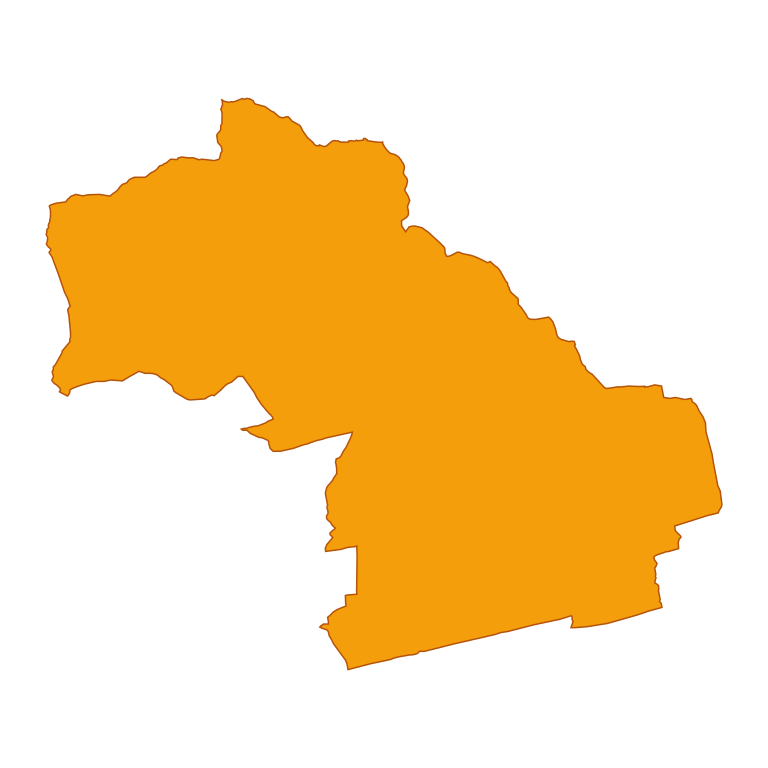 the district of Margaritesti, Buzau, Romania
{"feature_id": "2599482B16167443688776", "entity_name": "Margaritesti", "entity_type": "district", "adm_level": 2, "iso_a3": "ROU", "parent_name": "Romania", "parent_adm1": "Buzau", "projection": "robinson", "projection_center": [26.823, 45.435], "detail": "fine", "context": "isolated", "style": "filled", "palette": "amber", "viewbox_px": 768, "rotation_deg": 0, "n_neighbors": 0, "source": "geoboundaries", "source_scale": "gbopen_adm2", "svg_char_len": 6053}
<svg xmlns="http://www.w3.org/2000/svg" viewBox="0 0 768 768"><path d="M348.0,669.6L370.2,663.8L391.3,659.3L393.7,658.1L399.5,656.7L410.0,654.9L412.7,654.8L417.0,653.7L418.6,652.4L419.4,651.3L424.2,651.4L453.5,644.0L494.6,634.6L501.1,632.5L507.8,631.5L533.8,624.8L560.1,619.2L571.4,615.7L572.2,617.0L572.1,619.8L573.0,621.7L571.0,627.6L574.4,627.7L587.1,626.7L607.6,623.4L637.4,614.9L648.6,611.1L662.0,607.4L661.2,603.4L659.5,601.2L660.2,599.6L658.5,590.9L658.8,588.4L658.5,585.6L657.4,584.5L655.0,583.0L655.0,581.0L656.0,577.7L655.3,576.9L655.8,574.1L654.7,568.0L656.0,566.3L657.0,563.4L654.5,560.0L653.9,556.7L656.6,555.0L665.7,551.9L669.1,551.4L678.6,548.6L678.2,542.5L679.2,539.1L680.9,537.3L680.8,536.3L675.3,530.7L674.7,526.0L707.0,515.7L718.3,512.9L719.0,510.7L721.1,507.4L721.7,505.8L721.9,504.2L720.2,491.0L717.8,485.7L713.1,461.1L712.0,453.9L706.3,433.1L705.8,429.6L705.5,423.0L703.7,418.5L702.8,416.5L699.1,410.9L696.8,405.9L695.7,404.3L692.2,401.6L691.9,399.7L690.9,398.4L685.0,399.5L675.4,397.5L669.7,398.4L663.7,397.4L661.5,386.0L654.7,384.9L648.6,386.6L644.6,387.0L644.6,386.3L639.2,386.5L628.2,386.1L620.2,387.0L618.1,386.8L607.0,388.5L604.5,387.7L592.2,374.3L588.7,372.1L585.9,369.4L585.3,366.7L582.3,364.3L580.4,359.7L579.6,355.8L576.4,349.1L575.2,347.3L574.5,345.4L575.4,344.8L574.2,341.4L570.4,341.2L569.1,341.7L561.5,339.5L558.4,337.9L557.3,335.9L556.5,333.5L555.6,329.1L552.9,321.9L550.6,318.9L548.7,317.1L536.0,319.4L530.6,319.3L529.0,318.7L527.6,317.6L526.3,314.9L523.2,310.3L520.7,306.9L518.3,304.4L518.2,299.2L517.7,298.3L512.2,293.5L510.5,291.6L509.6,289.8L509.1,287.7L507.9,285.9L507.5,283.0L505.8,281.1L500.1,270.8L497.3,267.3L495.1,266.0L490.2,261.5L487.6,262.7L478.1,258.0L474.1,256.4L470.8,255.3L462.7,253.7L459.1,252.2L457.2,252.2L452.0,255.0L449.4,256.1L446.7,256.4L445.1,253.0L444.8,248.8L444.3,247.4L440.6,243.5L428.0,232.0L422.0,227.8L415.4,226.1L412.3,226.1L409.1,226.9L405.6,231.8L401.7,225.7L401.5,221.2L401.6,220.7L406.6,217.3L407.8,215.8L408.4,214.4L408.4,211.5L407.5,206.5L409.7,200.5L407.8,195.4L405.0,190.9L404.8,189.3L406.4,186.1L407.5,181.5L406.9,178.4L403.9,174.6L403.5,173.5L403.4,172.4L404.3,168.1L404.4,166.5L403.2,163.3L402.0,161.9L401.1,160.1L398.4,156.8L395.3,154.7L390.1,153.2L387.1,150.3L384.6,147.0L382.8,143.7L382.6,142.0L381.8,142.4L376.0,142.0L367.3,140.7L367.3,139.9L366.1,139.3L365.7,138.6L363.9,138.4L363.5,138.6L363.5,140.1L357.4,140.8L356.5,140.1L355.4,141.0L352.9,141.0L350.9,140.6L348.4,141.1L348.5,142.0L347.5,142.3L343.1,142.0L342.6,142.4L339.3,141.6L338.1,140.8L336.5,141.0L333.9,140.5L331.4,141.7L326.0,146.3L323.5,146.5L319.4,144.9L318.9,145.9L316.3,145.7L314.5,144.6L312.8,142.3L307.4,137.5L302.9,131.1L300.9,127.0L299.9,125.7L299.0,124.9L292.2,121.2L288.5,117.0L286.8,116.7L283.0,117.8L279.4,117.1L273.6,112.0L271.4,111.2L265.0,106.6L255.3,104.0L254.0,102.7L253.2,100.7L249.7,98.9L246.7,98.4L244.5,99.3L242.5,98.5L233.8,101.9L231.0,101.7L228.5,102.4L223.5,101.0L221.3,99.3L222.3,100.9L222.5,105.3L221.9,106.0L221.9,106.9L220.8,109.5L221.4,110.4L222.1,113.6L221.9,123.8L220.9,125.2L220.7,126.1L220.8,129.2L220.4,130.4L217.2,134.1L216.8,135.8L217.8,142.5L221.3,146.6L222.1,150.8L221.8,151.8L220.7,153.2L219.9,157.2L219.4,158.6L218.7,159.4L214.3,160.6L201.9,159.2L198.8,159.8L193.4,157.8L187.6,157.8L181.9,157.0L178.3,157.8L177.7,159.0L176.8,159.6L171.0,159.2L170.4,159.4L166.5,162.8L164.2,163.7L162.7,165.0L159.6,165.9L156.8,169.3L154.4,171.1L150.5,173.1L146.5,176.5L144.8,177.3L134.3,177.3L129.8,179.3L128.3,180.7L126.9,182.7L122.2,184.5L119.2,187.7L118.7,188.8L116.4,191.2L112.3,194.1L110.1,196.1L99.4,194.4L88.1,194.8L82.9,195.9L75.8,194.4L70.5,196.5L69.3,198.1L67.9,199.0L66.0,201.6L65.2,202.0L56.5,203.1L51.6,204.6L49.5,205.7L49.3,206.1L50.5,210.2L50.4,212.5L50.6,214.4L50.2,218.9L49.8,219.8L49.9,221.2L48.4,224.6L48.5,227.9L47.4,228.9L46.7,230.4L47.0,232.0L46.1,234.1L47.7,237.8L47.3,241.4L46.4,243.8L46.4,244.4L48.3,246.8L50.6,248.9L50.7,250.5L49.3,251.9L49.2,252.8L51.9,256.7L58.6,274.7L64.6,292.4L67.2,297.5L69.0,302.3L69.5,304.7L70.3,305.7L67.8,309.4L67.8,310.4L68.9,315.8L70.5,332.4L70.6,337.3L70.0,338.6L69.7,340.5L70.0,341.7L62.2,351.0L62.1,352.6L55.3,364.8L53.4,366.8L53.1,370.4L52.2,371.6L52.6,373.7L53.4,376.1L53.0,377.9L51.9,379.9L52.1,380.9L54.4,383.6L56.5,384.8L59.5,387.7L60.6,390.0L59.4,391.8L67.4,396.0L67.9,395.7L69.6,393.0L69.8,391.1L70.2,389.8L71.6,388.8L76.7,386.7L84.3,384.2L96.2,381.4L104.0,381.4L110.8,380.0L122.4,380.9L128.7,377.0L139.0,371.3L145.3,373.4L148.4,373.2L152.2,373.5L155.3,374.2L157.8,375.3L160.9,378.0L164.2,379.6L171.6,385.4L172.3,386.5L173.9,391.1L175.7,392.6L186.8,399.1L188.5,399.7L190.9,399.9L203.6,399.0L205.3,398.7L208.0,396.8L211.2,395.3L212.4,395.1L214.1,395.7L220.8,390.0L225.6,385.2L227.3,384.0L231.7,382.0L238.0,376.4L242.9,376.5L254.4,392.6L256.8,397.6L261.5,404.6L269.6,414.1L270.8,414.9L272.5,417.2L273.2,419.1L267.7,421.4L265.5,423.0L257.7,425.9L254.2,426.2L248.4,427.6L246.9,428.3L243.9,428.4L241.3,429.1L242.0,429.8L243.3,430.3L246.9,430.2L250.5,433.5L258.7,437.3L262.3,437.8L267.9,440.4L268.6,441.4L269.1,444.9L270.1,448.3L273.1,451.3L280.5,451.2L293.3,448.4L302.8,445.0L307.3,443.9L315.7,440.8L322.9,439.1L325.7,438.0L352.4,432.1L351.6,435.2L350.3,438.5L347.0,445.4L346.0,447.5L343.6,450.8L340.8,456.2L339.1,457.9L336.2,458.9L335.5,462.4L336.0,464.0L336.6,468.2L336.7,473.6L333.9,477.8L332.4,480.6L327.4,486.4L326.7,487.8L325.6,491.9L325.4,493.6L327.6,505.3L327.0,506.9L327.0,507.8L328.1,512.0L327.9,513.6L326.5,516.1L326.6,518.5L328.2,520.4L330.7,522.5L331.7,524.6L333.3,526.4L335.3,528.0L335.0,528.7L332.5,530.6L329.9,533.2L330.2,534.8L332.8,537.4L326.8,544.6L325.3,548.4L325.6,551.4L341.0,549.4L347.5,547.4L355.2,546.6L356.8,546.0L357.1,556.6L356.6,591.8L356.9,594.2L347.5,595.0L345.4,595.5L345.6,602.1L346.0,606.0L337.5,609.4L333.3,612.0L329.8,615.6L327.6,617.3L328.4,621.8L328.4,624.0L323.3,624.1L321.9,625.2L321.8,625.8L321.0,625.7L319.8,627.1L322.0,628.3L326.5,629.7L328.2,631.3L329.3,636.0L331.9,640.2L333.5,643.7L345.5,660.1L346.9,663.5L348.0,669.6Z" fill="#f59e0b" stroke="#b45309" stroke-width="1.5"/></svg>